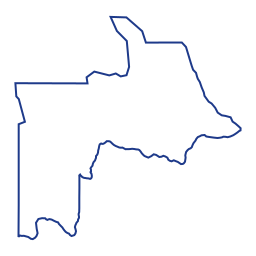 Lewis, Idaho, United States of America
{"feature_id": "52423323B22879230653922", "entity_name": "Lewis", "entity_type": "district", "adm_level": 2, "iso_a3": "USA", "parent_name": "United States of America", "parent_adm1": "Idaho", "projection": "albers", "projection_center": [-116.379, 46.23], "detail": "fine", "context": "isolated", "style": "outline", "palette": "blue", "viewbox_px": 256, "rotation_deg": 0, "n_neighbors": 0, "source": "geoboundaries", "source_scale": "gbopen_adm2", "svg_char_len": 2578}
<svg xmlns="http://www.w3.org/2000/svg" viewBox="0 0 256 256"><path d="M126.4,17.4L110.6,16.9L116.9,31.0L126.8,41.0L129.1,66.9L126.5,75.2L120.7,76.4L115.8,73.5L109.3,75.4L94.3,71.6L86.6,77.3L87.5,83.4L15.4,83.2L16.3,96.4L18.8,99.1L24.9,121.8L18.7,124.2L18.7,205.5L18.5,237.0L18.7,236.6L20.0,235.5L21.5,235.9L23.9,235.8L28.3,237.0L30.9,238.8L32.8,239.1L35.1,237.7L36.5,236.0L37.6,233.2L36.7,228.8L36.0,222.8L38.4,219.0L42.0,218.2L45.2,218.3L46.1,219.3L47.4,219.9L48.2,219.5L49.5,219.1L51.7,219.6L54.0,220.8L56.1,221.8L58.1,222.4L58.9,223.9L60.5,225.6L62.4,227.5L63.2,228.8L64.3,230.3L65.7,231.9L67.4,233.0L69.0,233.6L70.0,235.0L71.5,236.0L72.6,235.7L74.3,235.1L75.4,233.5L76.0,231.2L75.5,229.1L74.9,227.1L75.4,225.2L76.0,224.0L76.5,222.7L77.9,221.1L78.1,219.5L78.6,218.5L79.0,217.8L79.0,216.7L78.7,215.1L78.6,214.0L79.2,212.1L79.3,208.2L79.3,203.4L79.3,197.4L79.4,188.1L79.4,177.1L79.3,175.4L80.1,174.6L80.5,175.3L81.3,176.0L82.3,177.1L84.1,177.9L85.3,178.0L86.8,178.3L88.4,178.4L90.1,178.9L91.2,178.3L91.8,177.0L91.8,175.3L91.4,173.5L90.8,172.9L90.5,172.1L91.0,171.6L91.0,169.8L90.5,168.4L91.4,167.0L92.5,165.7L92.9,163.7L93.6,162.1L95.0,160.5L95.5,159.1L96.0,157.9L96.0,156.1L97.3,154.6L98.0,152.6L98.2,150.4L98.7,148.8L99.1,146.6L99.4,145.3L99.8,144.3L101.1,143.5L102.1,143.9L103.2,143.8L104.4,143.2L105.7,142.2L106.7,141.2L108.5,141.2L109.8,141.4L110.9,142.2L112.4,143.7L113.8,144.9L115.7,146.0L117.2,146.6L119.3,147.5L121.0,147.7L122.5,147.6L123.8,148.3L125.5,149.2L127.2,149.1L129.3,149.1L130.6,149.0L132.1,148.8L134.2,149.0L136.3,149.4L138.1,149.5L139.3,150.0L140.6,151.5L141.8,153.3L143.4,155.0L144.5,156.0L146.6,156.9L148.3,157.6L151.2,156.2L153.7,154.3L156.1,154.9L157.2,155.6L159.3,157.0L161.5,156.7L163.3,155.8L165.4,156.5L167.4,157.7L168.3,159.7L169.9,160.8L171.6,161.3L173.8,160.3L175.9,161.2L177.8,161.9L181.0,164.1L182.9,163.9L183.8,163.3L185.0,161.7L185.6,157.7L185.3,155.3L186.1,152.0L187.6,150.1L188.9,149.0L190.6,148.3L191.8,147.2L192.4,145.5L193.4,143.3L195.5,140.6L196.3,138.9L197.8,137.1L200.1,136.1L201.5,135.3L204.6,135.0L206.3,136.5L209.4,137.0L213.8,137.6L217.5,138.0L220.1,137.7L222.1,137.3L223.3,136.7L225.5,136.8L227.6,137.2L230.3,136.5L233.3,135.2L235.5,133.8L237.5,132.4L239.2,131.0L240.5,130.4L240.6,128.2L238.7,126.4L235.5,123.6L232.6,121.6L230.6,117.3L225.4,115.9L221.7,115.3L217.7,112.6L215.2,107.8L211.6,103.5L208.7,101.7L204.5,95.9L203.8,92.4L201.7,87.5L199.8,82.0L197.8,78.8L197.1,76.8L196.0,72.8L193.1,69.8L191.7,65.8L190.5,61.9L186.0,47.0L181.8,42.5L145.9,42.6L142.2,31.2L126.4,17.4Z" fill="none" stroke="#1e3a8a" stroke-width="2"/></svg>